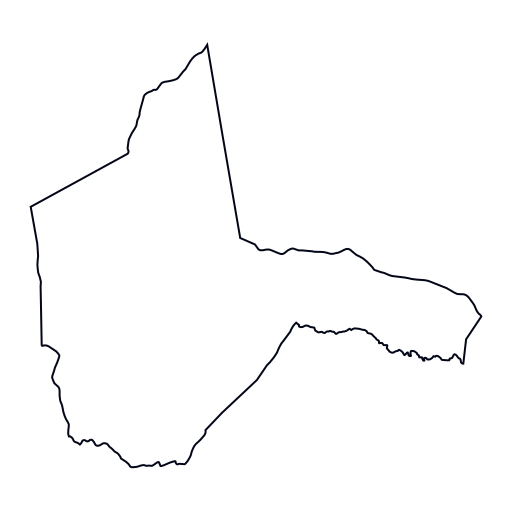 the district of Valle de Angeles, Francisco Morazán, Honduras
{"feature_id": "27666195B29826450958821", "entity_name": "Valle de Angeles", "entity_type": "district", "adm_level": 2, "iso_a3": "HND", "parent_name": "Honduras", "parent_adm1": "Francisco Morazán", "projection": "robinson", "projection_center": [-86.986, 14.163], "detail": "fine", "context": "isolated", "style": "outline", "palette": "ink", "viewbox_px": 512, "rotation_deg": 0, "n_neighbors": 0, "source": "geoboundaries", "source_scale": "gbopen_adm2", "svg_char_len": 6011}
<svg xmlns="http://www.w3.org/2000/svg" viewBox="0 0 512 512"><path d="M481.3,316.5L480.7,315.3L478.5,313.4L477.5,312.0L476.5,310.4L474.2,305.0L472.1,302.0L468.6,297.3L467.0,295.8L465.6,294.9L463.7,294.3L458.2,294.1L457.0,293.9L454.1,292.5L446.4,288.0L443.2,286.8L430.4,281.7L427.9,280.8L424.8,280.2L416.6,279.6L411.8,279.0L408.0,278.1L404.5,277.5L392.2,276.0L389.7,275.3L383.8,272.8L381.7,272.4L374.6,270.0L374.0,269.6L372.6,267.5L369.7,264.4L366.9,261.6L365.1,260.1L363.3,258.6L361.6,257.6L359.7,256.5L356.9,255.2L355.1,253.9L350.5,250.0L349.8,249.5L348.9,249.2L347.5,248.9L346.0,249.1L344.0,249.9L341.4,251.3L338.5,252.6L335.5,253.2L333.4,253.7L331.7,253.9L329.7,253.6L326.3,252.6L323.7,252.1L320.9,251.9L314.8,251.8L312.0,251.3L302.2,250.4L298.7,250.4L293.7,248.7L292.4,248.5L290.6,249.0L288.1,250.2L287.2,250.9L285.1,252.6L283.4,253.7L282.3,254.0L281.1,254.0L278.7,253.3L271.0,250.1L269.3,249.6L267.8,249.5L266.1,249.6L263.1,250.2L261.4,250.3L260.3,250.2L259.5,249.9L258.8,249.6L258.3,249.1L255.0,244.5L240.2,238.0L222.3,134.0L207.2,44.8L204.8,48.6L202.3,51.8L201.2,52.6L198.6,53.6L195.7,55.3L194.2,56.5L192.3,58.5L190.3,61.1L185.4,69.3L183.1,71.6L179.1,76.7L177.7,78.3L175.9,79.3L172.9,80.3L168.8,81.2L164.4,81.9L162.5,82.6L161.6,83.1L160.9,83.9L157.0,89.3L155.5,89.9L154.1,89.8L153.5,89.9L151.6,91.1L148.8,92.1L147.2,92.9L146.1,93.7L145.0,94.6L144.3,95.5L143.7,96.9L143.2,99.1L141.0,106.9L140.1,110.4L139.6,112.6L139.6,114.2L139.4,115.3L138.6,117.6L137.6,119.6L137.3,120.5L136.4,125.4L135.7,126.9L134.7,128.7L131.8,133.2L129.4,138.2L128.8,139.7L128.4,142.0L127.6,148.3L127.8,149.2L128.4,150.7L128.5,151.7L128.3,152.6L127.7,153.7L30.7,206.8L37.3,243.8L38.1,256.0L37.7,259.9L37.4,264.8L37.8,269.6L38.3,273.1L39.7,276.8L40.9,281.8L40.6,286.3L41.7,345.1L42.0,345.7L42.3,345.8L42.8,345.8L44.0,345.4L45.6,345.4L47.2,345.7L48.6,346.3L56.2,351.4L58.3,353.7L59.3,355.4L59.3,356.0L59.1,357.1L57.4,362.0L54.8,368.0L54.2,370.4L52.3,376.1L52.1,377.4L53.0,380.1L54.3,383.1L55.5,384.3L58.2,386.7L58.8,387.6L59.2,388.5L59.5,389.8L59.6,391.2L59.6,395.7L60.2,400.6L61.1,403.0L62.0,405.1L63.5,412.4L64.7,416.1L66.0,419.1L67.8,422.1L68.7,424.1L68.8,425.0L68.8,426.1L68.3,430.3L68.2,432.9L68.3,434.5L68.9,436.3L69.0,436.5L69.8,436.3L70.1,436.4L72.1,437.8L73.0,439.2L73.6,440.6L74.3,441.5L75.7,442.2L77.5,442.8L78.7,443.5L79.9,444.5L81.2,443.1L82.4,440.9L82.8,440.5L83.4,440.2L84.1,440.1L84.8,440.2L85.5,440.5L86.5,441.2L87.6,441.4L88.6,441.1L89.5,440.3L89.9,440.0L91.2,439.7L91.8,439.8L92.6,440.4L94.1,442.3L95.1,444.2L95.5,444.8L96.1,445.3L97.0,445.7L98.0,445.8L99.5,445.4L100.6,444.9L102.2,443.8L103.5,443.3L105.0,443.2L106.6,443.7L107.3,444.1L107.8,444.6L109.3,446.6L112.0,448.8L114.5,451.4L115.4,452.0L117.3,453.1L118.3,454.0L120.1,456.4L120.5,457.1L120.8,458.1L121.0,458.5L126.2,461.9L128.8,464.3L130.1,466.4L130.6,466.8L131.3,467.1L133.3,467.2L136.4,466.9L138.3,466.4L141.0,465.5L143.1,465.1L144.5,465.2L145.8,465.7L146.4,465.8L149.4,465.6L151.3,465.8L152.0,465.8L152.6,465.5L154.0,464.7L156.7,462.7L158.3,462.0L158.8,462.2L159.3,463.0L159.8,464.3L160.3,465.7L160.5,466.0L160.9,466.1L163.7,465.3L169.9,462.6L173.0,461.6L174.8,461.2L175.2,461.2L175.5,461.4L175.6,461.7L175.6,462.4L175.8,462.9L176.6,464.0L177.2,464.3L177.8,464.3L178.8,463.9L179.4,463.8L184.5,464.2L185.0,464.0L186.2,462.8L187.7,460.9L188.8,459.1L190.1,456.8L191.0,454.6L191.6,452.0L192.3,450.2L193.4,447.7L194.5,445.7L195.9,444.0L198.2,441.9L200.2,440.0L203.2,436.6L204.6,434.9L205.3,433.3L205.5,432.5L205.6,431.3L205.5,430.1L222.2,412.6L256.9,380.0L266.9,365.3L269.8,362.4L273.6,357.7L275.4,355.1L277.1,352.4L278.2,349.6L279.5,346.8L281.4,343.4L283.2,341.2L290.4,331.5L291.0,329.8L292.9,326.4L294.7,324.1L296.2,322.7L297.3,323.7L298.7,324.6L299.0,325.1L298.8,325.8L298.9,326.1L299.3,326.6L299.8,326.9L300.8,327.1L302.5,327.0L305.1,325.7L306.2,325.5L307.2,325.6L308.2,325.9L310.4,327.0L314.2,327.6L314.6,328.2L314.8,329.5L315.3,330.5L315.7,330.9L316.4,331.2L317.8,332.1L318.4,332.3L319.1,332.3L321.8,331.8L322.9,332.5L324.2,333.0L325.1,332.8L326.0,332.0L326.8,331.6L327.8,331.4L328.8,331.5L329.7,331.0L330.5,331.0L332.3,331.7L333.7,331.8L334.2,332.1L335.6,333.7L336.0,333.8L336.4,333.8L336.9,333.6L337.9,332.8L339.2,332.2L341.7,332.0L343.1,331.5L344.4,331.5L345.7,331.1L347.0,330.5L349.1,329.0L349.6,328.8L351.3,330.0L352.6,329.1L354.1,328.5L355.0,328.4L359.1,328.8L362.6,329.8L364.3,329.9L365.3,330.3L366.3,331.0L367.1,331.9L367.4,332.7L367.8,333.0L368.8,333.3L370.7,333.7L371.5,334.0L371.9,334.3L373.6,336.2L375.8,338.2L376.3,339.1L376.7,339.5L378.7,340.7L379.1,342.1L379.0,342.9L379.2,343.2L381.8,342.9L382.4,343.3L383.6,345.0L384.9,345.2L386.4,345.1L387.1,345.2L387.2,345.5L387.3,345.9L386.9,347.5L386.8,348.1L387.0,348.5L387.5,349.2L388.5,350.2L389.4,351.4L390.2,352.0L391.3,352.5L392.5,352.7L393.6,352.5L394.5,351.9L395.4,351.4L397.9,350.8L398.6,350.0L399.2,349.9L400.5,350.5L402.0,351.6L402.6,352.3L404.3,355.0L404.6,355.0L404.9,354.9L407.0,352.7L407.5,352.5L407.8,352.6L408.0,353.0L408.6,355.2L408.9,355.6L409.6,356.0L410.4,356.1L410.8,356.0L410.9,355.7L410.5,353.8L410.6,352.3L410.8,351.4L411.2,351.0L411.6,350.9L413.8,351.1L414.5,351.4L416.8,353.0L417.1,353.5L417.1,354.1L417.2,354.3L418.4,355.1L418.8,355.5L419.1,356.1L419.0,356.8L419.3,357.3L420.2,357.4L421.5,357.3L422.0,357.4L422.2,357.8L422.4,359.0L422.9,360.0L423.4,360.6L423.9,360.7L424.3,360.6L424.4,360.3L424.1,359.3L424.1,358.4L424.3,358.1L424.7,357.9L425.4,357.8L426.0,358.0L426.7,358.5L427.1,359.2L427.5,359.4L428.3,359.5L429.1,359.5L430.2,359.2L431.5,358.4L432.5,357.6L433.5,356.2L435.3,356.7L435.9,356.0L437.0,355.8L438.0,356.1L439.6,357.2L440.7,358.2L441.5,359.5L441.9,359.8L443.1,360.0L447.5,360.3L448.3,360.3L448.7,360.1L449.2,360.2L449.5,359.8L449.6,358.9L449.8,358.6L450.1,358.5L451.2,358.3L452.2,357.8L453.7,354.9L454.2,354.4L454.7,354.3L455.5,354.6L456.5,355.4L458.2,357.7L458.9,358.3L459.2,358.5L459.8,358.6L460.2,358.9L460.6,359.9L460.9,361.8L461.2,362.6L462.1,363.4L462.9,363.7L463.3,363.7L466.1,339.3L481.3,316.5Z" fill="none" stroke="#020617" stroke-width="2"/></svg>